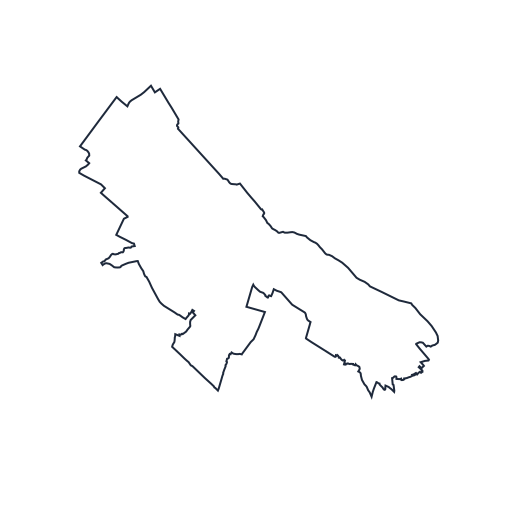 outline of Gura Foii, Dâmbovita, Romania, rotated 104°
{"feature_id": "2599482B74557997064430", "entity_name": "Gura Foii", "entity_type": "district", "adm_level": 2, "iso_a3": "ROU", "parent_name": "Romania", "parent_adm1": "Dâmbovita", "projection": "mercator", "projection_center": [25.309, 44.762], "detail": "fine", "context": "isolated", "style": "outline", "palette": "slate", "viewbox_px": 512, "rotation_deg": 104, "n_neighbors": 0, "source": "geoboundaries", "source_scale": "gbopen_adm2", "svg_char_len": 6081}
<svg xmlns="http://www.w3.org/2000/svg" viewBox="0 0 512 512"><g transform="rotate(104 256 256)"><path d="M364.4,315.4L369.7,305.9L372.8,300.6L374.2,298.0L375.3,295.7L377.7,293.0L378.0,292.4L378.1,291.5L378.4,290.7L386.9,275.9L390.8,268.6L392.7,265.3L393.4,264.8L393.7,264.4L393.8,263.7L395.3,261.2L395.8,260.4L393.7,260.1L383.7,259.7L380.6,259.6L379.6,259.5L378.5,259.3L378.1,259.3L377.5,259.6L374.1,259.3L370.4,258.8L369.7,259.1L368.9,259.1L368.6,258.8L367.6,258.6L366.6,258.5L365.9,258.5L365.3,259.3L364.3,259.2L362.7,259.2L362.0,258.1L361.5,257.8L360.7,257.8L359.5,258.1L358.8,258.2L357.4,257.8L357.5,256.9L355.5,256.4L356.0,255.0L356.2,254.4L356.2,253.4L356.0,251.5L355.7,250.1L355.5,249.4L355.1,248.6L354.9,247.9L354.9,246.0L354.4,245.9L340.8,240.3L337.4,238.2L332.9,237.3L329.5,236.9L326.0,236.1L323.9,235.8L308.2,233.8L307.6,253.0L287.0,252.2L284.5,251.7L285.3,251.0L286.2,249.9L288.7,245.4L289.7,243.4L290.0,240.2L290.3,239.5L290.7,238.9L291.5,237.7L291.8,237.4L292.3,237.4L292.5,237.2L292.6,236.8L293.5,234.8L293.5,234.5L293.4,234.3L291.7,234.2L291.2,234.0L291.0,233.7L291.3,232.3L291.3,231.6L287.8,231.0L283.9,230.7L284.7,227.4L284.9,224.5L285.1,222.7L294.5,209.1L297.4,200.1L298.8,195.7L299.0,195.1L299.3,194.6L300.5,193.6L302.4,192.8L304.6,191.4L305.4,190.7L306.0,189.7L306.9,187.1L308.1,187.2L309.8,187.2L323.7,187.7L324.0,187.4L326.2,181.2L329.4,171.4L334.7,155.4L334.7,154.8L334.5,154.4L334.0,154.2L332.9,154.4L333.0,153.2L332.5,153.1L332.6,152.9L332.9,152.2L333.5,151.8L333.9,151.1L334.6,151.0L334.6,150.4L334.3,149.8L335.3,148.8L336.1,147.5L336.3,146.8L336.4,146.4L336.1,145.9L335.5,145.4L335.8,145.1L335.9,144.4L339.9,144.4L339.9,143.5L339.7,142.7L339.0,142.5L338.7,142.5L338.6,141.6L338.1,141.2L338.0,140.7L338.0,140.4L338.2,139.6L338.1,138.7L337.8,138.2L337.6,137.4L337.3,135.8L337.8,135.7L338.1,133.5L336.9,133.2L337.4,132.6L337.7,132.0L338.0,130.6L338.5,129.0L339.9,128.2L340.9,128.1L343.3,128.8L343.5,127.8L344.0,126.6L344.9,125.9L346.9,125.2L350.6,123.2L354.3,119.7L355.4,117.9L356.2,116.9L359.1,114.7L360.8,112.7L364.6,109.8L359.4,109.8L356.0,109.5L349.2,108.6L349.2,108.2L349.9,106.4L350.0,105.9L349.9,105.3L350.9,104.8L352.1,102.9L352.9,101.5L353.8,100.6L354.6,99.6L354.7,98.7L354.1,98.4L353.7,98.3L352.6,98.7L350.4,99.0L351.0,95.6L351.8,94.0L352.5,92.3L354.4,89.1L353.3,89.2L348.7,91.0L347.7,91.5L347.5,92.3L341.6,94.4L341.3,93.8L340.5,93.2L339.5,92.6L339.2,92.2L339.0,90.9L339.4,90.5L341.3,90.0L340.8,87.2L340.4,86.2L339.9,85.5L341.2,84.9L340.9,83.8L340.5,83.0L339.7,82.3L339.0,82.6L338.0,80.2L336.7,78.4L335.9,77.0L334.2,75.1L333.5,75.7L332.9,74.6L333.6,73.8L332.5,72.6L331.8,73.5L330.8,72.5L331.9,71.0L330.0,70.0L328.8,69.0L329.4,67.6L328.1,66.5L327.4,67.3L326.9,67.0L326.2,68.0L324.5,71.2L323.4,70.7L324.9,68.2L324.1,67.9L322.0,66.5L321.4,67.2L319.2,70.5L316.9,66.7L315.7,63.4L314.8,63.1L314.1,63.8L306.4,74.6L302.8,79.3L302.4,79.3L300.1,76.4L299.8,74.7L299.8,73.1L302.7,68.8L301.6,67.8L301.4,66.8L301.4,65.5L301.7,64.8L301.2,64.0L300.4,63.5L299.6,62.2L299.1,61.1L297.6,59.8L296.1,58.7L293.9,58.8L289.7,60.4L286.7,62.9L281.4,68.7L277.8,73.8L272.8,82.6L267.9,88.8L265.7,92.6L264.4,93.9L264.4,102.0L264.5,106.7L260.5,125.2L257.9,138.1L256.4,140.2L254.8,144.3L253.9,149.6L252.8,153.2L245.2,163.8L241.6,170.8L240.2,175.0L239.2,178.8L237.8,182.1L237.2,185.4L237.5,187.4L237.3,188.3L236.7,189.5L233.5,193.6L232.0,196.1L230.5,198.0L229.4,199.7L228.7,201.6L228.5,203.2L227.5,207.1L225.6,211.1L224.6,212.4L224.8,219.3L224.6,221.8L224.1,223.6L223.9,224.7L224.0,226.6L224.8,228.8L225.7,231.0L226.4,233.6L226.2,235.0L226.0,235.6L226.2,236.0L227.7,238.6L228.0,239.3L227.9,240.1L226.9,241.7L226.2,243.7L225.7,245.9L225.3,247.1L223.6,248.9L223.0,249.7L221.8,251.5L221.2,253.0L218.8,255.0L216.2,258.3L215.8,259.1L213.8,258.9L213.1,258.4L212.4,258.4L211.8,258.7L209.3,261.3L209.6,261.7L209.4,262.5L203.6,270.2L200.4,274.8L196.9,279.7L189.6,289.1L191.4,292.0L191.3,292.5L191.5,293.8L192.0,296.9L192.0,297.8L191.7,298.7L191.0,299.8L189.2,301.7L188.8,302.3L188.6,304.9L188.7,305.7L189.0,306.5L187.8,308.1L185.2,311.8L151.4,362.5L150.3,362.4L149.9,362.6L149.0,364.0L148.1,364.3L147.1,364.0L146.3,363.4L145.9,363.4L144.6,364.0L142.2,364.2L132.4,373.9L128.6,377.9L117.0,389.5L121.7,393.7L116.2,399.1L124.1,404.2L127.4,406.8L135.0,414.4L136.8,415.7L137.9,416.2L139.0,416.5L141.9,417.0L138.7,423.8L135.5,429.7L161.5,440.6L177.7,447.3L192.2,453.3L193.2,450.6L194.2,447.9L194.3,446.4L194.8,445.1L196.0,443.6L197.0,442.7L198.9,442.1L201.3,443.4L203.7,443.8L204.4,444.2L206.3,440.3L207.8,441.0L210.2,442.7L213.6,446.7L214.7,447.5L216.6,448.0L218.1,447.6L219.6,442.4L224.0,423.7L226.8,419.0L232.2,421.8L233.7,419.0L248.5,390.2L249.1,390.0L251.8,393.2L269.3,396.7L270.3,392.9L271.8,386.1L273.5,379.5L273.5,377.4L275.7,376.1L276.9,379.0L277.9,379.3L278.4,380.0L278.6,381.8L279.6,383.9L279.9,385.0L280.5,385.6L281.7,385.8L282.6,385.6L283.7,385.7L284.6,386.1L284.8,386.7L284.8,387.3L285.3,388.3L286.0,388.9L286.3,389.7L287.1,390.1L288.4,392.6L288.7,394.3L288.5,395.2L288.7,395.9L290.1,396.9L292.2,397.6L293.9,398.5L295.8,401.0L297.0,401.4L298.0,402.2L298.3,403.0L300.1,404.5L301.9,402.6L301.3,402.2L300.4,401.3L299.6,400.4L299.2,399.4L299.1,396.9L299.1,396.1L299.4,395.2L300.1,393.3L300.8,391.8L301.2,390.9L301.0,389.1L300.7,387.7L300.0,385.4L299.5,384.8L298.4,384.4L297.6,383.7L295.0,380.3L293.4,378.0L290.0,370.9L289.5,369.5L292.0,367.8L295.6,364.4L298.0,361.7L300.3,360.4L302.2,358.9L302.6,358.4L302.8,357.2L305.0,355.1L306.8,353.4L312.0,349.3L321.4,340.7L323.7,338.4L325.0,336.4L326.6,333.3L330.5,321.2L331.5,318.7L331.8,317.7L331.7,316.5L332.0,315.5L333.3,312.3L334.2,309.1L332.6,308.4L330.3,307.2L329.7,307.0L329.2,306.9L327.9,307.1L327.9,306.7L328.1,306.2L328.0,305.9L327.7,305.8L325.8,305.2L323.7,304.7L324.3,302.9L326.0,303.7L328.2,300.5L333.9,303.9L335.9,304.0L338.2,303.4L339.8,302.8L340.7,303.0L343.9,304.6L346.2,305.5L346.6,305.8L349.5,308.2L349.3,308.9L349.5,309.2L350.0,309.4L350.5,309.9L350.6,311.3L352.0,310.9L351.4,315.4L353.7,315.0L354.6,315.1L357.2,314.6L359.2,314.4L362.0,315.3L363.4,315.4L364.4,315.4Z" fill="none" stroke="#1e293b" stroke-width="2"/></g></svg>